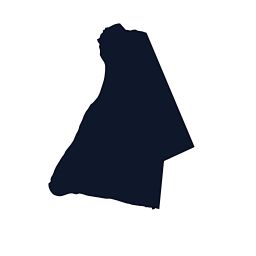 outline of Ngebeianged, Palau, rotated 297°
{"feature_id": "81905179B65158388744507", "entity_name": "Ngebeianged", "entity_type": "district", "adm_level": 2, "iso_a3": "PLW", "parent_name": "Palau", "parent_adm1": "", "projection": "orthographic", "projection_center": [134.133, 6.918], "detail": "fine", "context": "isolated", "style": "filled", "palette": "ink", "viewbox_px": 256, "rotation_deg": 297, "n_neighbors": 0, "source": "geoboundaries", "source_scale": "gbopen_adm2", "svg_char_len": 1415}
<svg xmlns="http://www.w3.org/2000/svg" viewBox="0 0 256 256"><g transform="rotate(297 128 128)"><path d="M141.2,194.9L220.4,101.1L219.8,97.0L218.4,92.8L218.3,90.1L217.5,88.8L215.3,86.3L214.2,82.6L213.6,81.5L216.7,73.5L216.1,72.3L214.5,70.4L213.1,69.0L208.5,65.7L206.7,63.1L205.1,63.4L203.5,62.2L202.0,63.0L198.9,61.9L197.0,62.2L195.4,62.6L194.1,62.0L193.0,61.1L191.7,62.5L190.9,64.2L190.1,65.4L187.5,66.0L185.0,68.4L182.1,69.8L180.7,70.4L178.6,73.4L177.2,75.7L176.8,76.9L174.4,79.4L173.4,80.1L172.0,80.8L169.3,82.2L163.5,84.4L160.0,85.4L156.2,86.1L147.5,87.5L145.1,87.7L142.8,87.7L141.0,87.6L136.7,86.6L134.4,86.0L131.6,84.7L126.7,84.4L123.7,83.8L121.3,83.7L118.8,83.8L114.4,84.3L108.0,84.5L104.4,85.3L103.2,85.4L99.0,85.3L92.0,85.8L86.9,85.2L80.9,83.9L79.0,83.6L75.2,83.7L73.8,83.4L72.2,83.1L61.0,82.2L57.5,82.3L55.8,82.5L52.0,82.9L50.2,82.7L48.2,82.7L45.2,84.2L42.4,83.1L40.0,84.6L37.4,87.5L36.6,89.1L35.8,90.9L35.6,92.7L35.8,94.3L36.1,95.9L36.7,97.4L37.7,99.1L40.0,101.6L41.8,103.2L43.4,104.9L44.7,106.7L45.2,107.8L45.6,109.9L46.3,112.0L48.0,113.6L48.9,116.1L49.4,118.4L49.9,121.7L50.3,123.3L53.6,133.5L55.6,139.9L57.3,143.3L57.9,144.7L58.9,149.3L60.9,160.7L61.7,163.2L62.2,166.4L64.8,174.0L65.8,176.3L66.3,178.2L66.3,179.9L67.1,181.1L67.5,182.9L68.4,184.5L68.4,185.9L67.4,186.6L68.1,187.6L69.5,187.9L70.1,190.0L70.4,191.7L115.0,174.2L141.2,194.9Z" fill="#0f172a" stroke="#020617" stroke-width="1.5"/></g></svg>